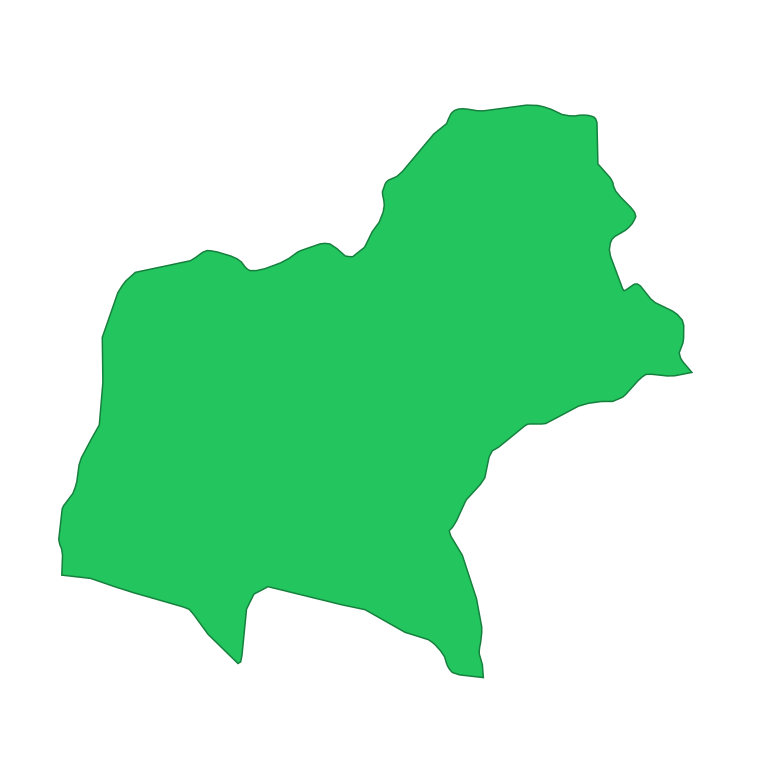 SVG path tracing the border of Kâmpóng Spœ, rotated 97°
{"feature_id": "KHM-1787", "entity_name": "Kâmpóng Spœ", "entity_type": "Province", "adm_level": 1, "iso_a3": "KHM", "parent_name": "Cambodia", "parent_adm1": "", "projection": "albers", "projection_center": [104.227, 11.598], "detail": "fine", "context": "isolated", "style": "filled", "palette": "green", "viewbox_px": 768, "rotation_deg": 97, "n_neighbors": 0, "source": "natural_earth", "source_scale": "10m", "svg_char_len": 2450}
<svg xmlns="http://www.w3.org/2000/svg" viewBox="0 0 768 768"><g transform="rotate(97 384 384)"><path d="M193.3,409.0L185.3,407.2L183.3,406.3L181.1,404.4L176.6,396.7L170.8,391.6L129.7,365.0L117.9,353.6L113.3,352.4L107.5,350.4L105.5,348.9L103.7,347.0L102.1,343.7L101.2,339.8L101.0,334.9L101.4,324.8L100.8,318.7L89.8,276.4L88.8,265.2L89.5,258.8L91.0,251.5L94.8,240.1L95.2,232.8L94.7,227.2L93.4,222.9L92.7,218.4L92.5,214.0L93.0,210.1L93.7,207.9L94.7,206.6L95.9,205.8L98.4,204.5L139.5,198.5L151.6,184.8L153.5,183.2L156.6,181.2L158.8,180.7L164.2,177.7L169.8,171.8L178.8,160.4L183.1,156.2L187.0,154.5L190.5,155.5L194.6,157.2L198.6,160.0L202.0,163.1L209.4,172.8L212.5,175.3L216.4,176.5L223.2,176.7L229.5,174.8L260.3,158.8L262.2,157.2L261.3,155.5L254.5,147.9L253.8,144.8L255.5,141.4L266.8,129.9L270.2,124.8L276.5,106.4L279.3,101.3L284.3,95.7L289.4,93.6L302.1,92.2L306.9,92.3L317.0,94.8L322.0,92.9L325.4,90.2L335.0,79.8L340.4,96.4L341.5,103.8L341.7,118.6L342.2,123.3L342.7,125.3L345.4,128.5L349.8,132.3L364.5,142.5L367.4,145.0L368.2,146.0L373.4,154.8L374.9,166.2L378.3,178.9L382.3,188.3L403.5,218.6L404.5,222.8L405.9,234.4L406.4,236.5L408.3,239.1L432.5,262.3L437.2,268.4L443.7,270.8L464.8,272.5L471.9,276.1L488.5,287.9L490.4,288.8L510.8,295.3L517.2,298.2L518.8,299.2L521.4,301.3L523.6,300.7L527.2,298.9L544.4,285.4L585.9,266.0L613.2,257.4L618.7,256.7L629.3,256.6L633.6,257.0L637.9,256.9L640.4,256.5L650.5,252.2L663.3,249.6L663.5,273.5L662.0,281.0L659.4,284.0L656.5,286.3L653.0,288.2L647.4,290.6L641.8,295.5L636.3,301.8L634.0,305.5L632.4,308.6L627.9,332.9L610.3,375.3L608.2,399.8L599.3,474.4L608.4,487.5L624.2,493.0L670.8,491.9L677.3,492.4L679.2,494.9L653.9,528.1L636.0,544.8L631.3,550.0L629.7,556.4L621.7,607.1L618.4,624.7L612.7,651.7L613.0,680.5L593.1,682.2L586.7,684.0L583.3,686.0L579.6,687.4L577.4,687.9L547.2,688.2L543.9,687.2L530.6,679.5L524.8,678.0L518.4,677.0L501.4,676.8L494.2,675.4L474.9,668.0L459.3,661.6L416.8,663.2L372.1,669.3L325.8,659.3L318.2,655.8L313.0,652.7L303.5,644.4L285.2,591.1L281.4,586.4L276.2,581.0L275.0,579.4L273.1,575.8L272.9,571.7L273.3,565.4L275.7,551.5L277.7,545.0L280.3,540.4L284.8,536.1L286.7,533.6L287.8,530.7L287.0,524.5L284.1,516.3L276.3,501.3L271.0,493.7L263.4,485.6L261.3,482.0L252.7,464.5L251.6,459.7L251.6,454.7L255.2,447.5L261.7,438.0L261.8,434.0L261.5,430.6L250.6,419.9L234.2,414.2L224.0,408.5L213.6,405.8L206.7,405.5L202.1,406.5L196.1,408.5L193.3,409.0Z" fill="#22c55e" stroke="#15803d" stroke-width="1.5"/></g></svg>